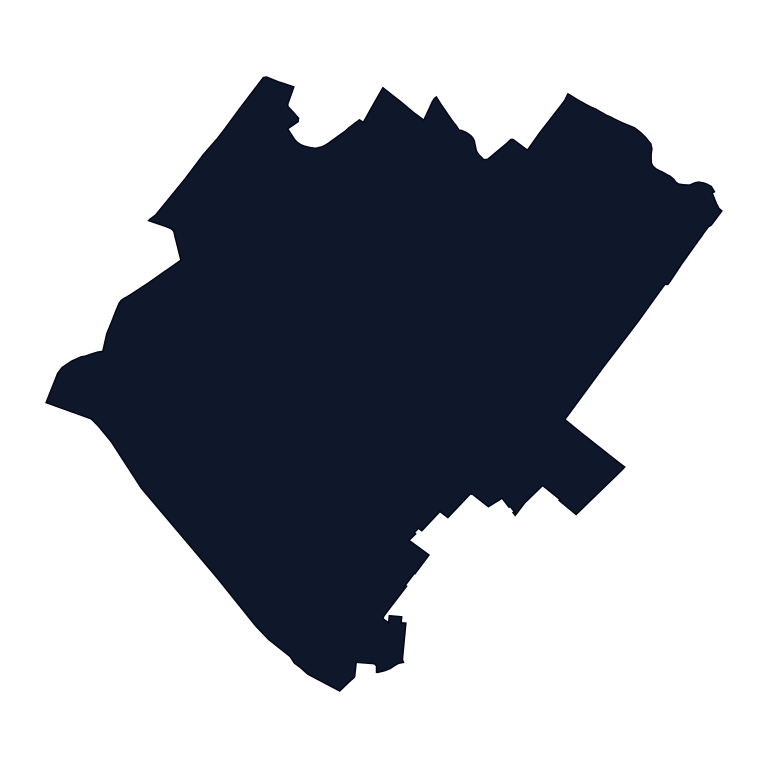 outline of 1 Decembrie, Giurgiu, Romania
{"feature_id": "2599482B3986064328518", "entity_name": "1 Decembrie", "entity_type": "district", "adm_level": 2, "iso_a3": "ROU", "parent_name": "Romania", "parent_adm1": "Giurgiu", "projection": "natural_earth1", "projection_center": [26.066, 44.294], "detail": "fine", "context": "isolated", "style": "filled", "palette": "ink", "viewbox_px": 768, "rotation_deg": 0, "n_neighbors": 0, "source": "geoboundaries", "source_scale": "gbopen_adm2", "svg_char_len": 4323}
<svg xmlns="http://www.w3.org/2000/svg" viewBox="0 0 768 768"><path d="M624.7,467.0L623.2,465.9L619.2,462.9L594.6,443.5L590.6,440.3L581.8,433.4L564.8,419.5L570.3,412.1L604.6,365.4L605.7,364.0L629.0,333.5L638.1,321.5L639.5,319.6L657.0,295.2L664.5,284.9L665.4,284.3L667.4,284.5L668.2,284.1L668.6,283.6L668.9,283.1L669.6,282.2L681.9,263.6L698.9,239.8L701.2,236.8L703.8,232.9L706.6,229.2L708.2,227.0L711.2,225.1L712.8,223.0L715.2,219.9L717.6,216.6L719.1,214.6L720.6,212.7L720.8,212.3L721.9,210.9L719.0,208.5L716.3,203.3L714.1,197.7L713.3,195.9L713.3,195.7L713.1,195.3L712.9,194.7L712.5,194.1L712.2,193.4L712.6,192.9L712.8,192.6L713.1,192.4L713.6,192.2L714.3,191.9L714.5,191.7L712.9,189.1L711.3,186.5L707.3,184.3L703.8,183.0L698.8,182.1L695.0,182.7L694.0,183.2L690.3,184.8L689.5,185.1L683.6,184.8L678.4,184.0L675.7,182.0L673.8,179.3L669.8,176.0L667.0,174.7L663.3,172.5L658.0,170.0L655.7,168.7L654.0,167.1L652.7,165.7L651.5,163.5L651.1,158.5L651.2,153.9L651.9,148.8L650.8,143.8L648.7,141.3L645.8,137.6L643.7,135.5L640.5,132.5L637.7,130.2L634.5,127.8L627.4,124.9L621.4,122.4L614.1,118.9L610.2,116.8L606.2,115.2L602.3,112.8L600.1,111.7L596.1,109.3L591.7,107.4L588.4,105.8L584.4,103.6L580.9,101.6L576.7,99.3L571.9,96.2L567.9,93.9L564.6,100.6L558.8,108.2L552.9,115.8L548.5,121.5L540.7,131.5L539.3,133.4L527.4,150.2L514.2,140.3L512.9,139.4L510.9,139.4L506.5,143.6L487.5,159.4L484.7,159.6L483.0,159.3L482.6,158.5L481.5,157.3L480.2,156.1L479.2,155.0L478.6,154.3L477.8,153.3L477.5,152.8L477.2,152.3L476.4,150.9L476.1,149.6L475.0,144.3L474.7,143.1L474.6,141.8L474.5,141.4L474.4,141.2L474.1,140.3L473.0,138.3L472.6,137.7L471.1,136.0L470.8,135.7L469.3,134.6L468.0,133.6L467.1,133.1L465.7,132.2L464.9,131.9L462.6,130.9L461.9,130.6L461.1,130.3L460.6,130.3L460.1,130.3L459.1,130.2L456.5,126.1L453.6,122.5L451.6,119.8L445.0,110.2L440.9,104.2L436.3,96.9L434.0,99.0L432.0,102.3L429.4,108.2L425.6,116.2L423.8,120.2L422.2,118.9L413.5,112.5L405.9,106.1L401.9,102.7L390.8,94.0L386.8,90.8L384.8,89.3L382.9,87.7L382.0,89.3L378.5,95.4L371.0,108.6L363.6,121.9L363.4,122.3L362.6,121.9L360.8,120.7L359.5,119.8L357.4,121.4L355.3,122.9L353.0,124.7L349.1,127.6L344.9,131.4L338.9,135.6L334.4,138.9L332.2,140.4L328.2,143.4L324.4,145.7L321.5,146.9L318.6,147.6L315.7,148.3L310.7,147.7L304.3,146.1L301.3,144.9L300.9,144.8L297.1,142.2L294.6,139.5L292.6,136.4L288.7,130.4L287.9,129.3L288.3,128.4L290.0,127.2L294.7,124.0L297.1,122.3L298.2,121.6L298.3,119.8L298.5,118.1L297.7,117.3L295.6,114.9L293.5,112.5L291.3,110.1L289.9,108.6L288.5,107.1L288.0,106.5L287.7,104.1L288.0,103.4L289.9,97.9L291.7,93.1L293.4,88.1L293.7,87.2L293.8,86.9L289.9,85.6L284.6,83.8L282.2,83.0L280.1,82.3L279.6,82.3L278.9,82.0L273.1,79.7L266.6,77.0L263.4,77.5L250.4,94.5L243.2,104.0L241.0,106.8L234.8,115.3L229.1,123.0L225.6,127.8L225.2,128.4L217.5,138.4L203.6,154.3L185.1,178.8L180.9,184.0L155.5,215.1L149.6,219.5L148.6,220.6L166.4,226.7L171.1,228.7L173.0,230.4L173.9,231.7L174.6,234.8L175.2,237.4L180.9,260.2L166.6,270.2L166.2,270.4L149.6,282.1L148.8,282.7L132.9,293.1L130.3,294.8L126.1,297.4L124.0,298.4L121.1,300.5L119.1,303.3L115.4,312.1L113.1,318.0L113.0,318.5L106.7,333.9L106.6,334.4L102.9,350.9L103.0,351.4L101.6,351.5L98.2,352.0L97.3,352.2L92.4,353.7L86.5,355.7L85.1,356.2L83.1,356.5L81.2,356.8L71.6,361.1L69.8,362.4L62.1,367.5L57.7,373.3L54.4,381.7L47.6,398.8L46.1,402.6L59.7,407.5L82.0,415.5L87.1,417.4L91.1,418.8L98.3,426.0L111.3,441.8L141.5,488.4L156.3,505.9L217.4,578.2L219.9,581.3L255.9,626.2L268.9,639.7L290.2,656.6L294.3,663.0L300.6,667.7L307.6,674.0L315.9,678.5L318.5,679.8L331.0,686.4L339.7,691.0L348.4,682.6L351.0,680.2L353.7,678.0L354.7,676.5L356.2,662.3L374.3,663.7L376.5,665.8L376.5,672.3L377.2,672.5L384.4,670.8L390.1,668.6L394.7,665.5L398.5,663.3L403.5,662.4L402.4,659.5L405.9,623.1L401.2,622.8L401.7,616.8L389.3,615.7L388.6,622.8L384.0,619.5L383.2,618.6L383.0,617.7L384.4,615.3L386.9,611.9L396.8,599.0L406.6,586.2L405.2,585.4L414.4,573.3L415.0,573.7L429.0,555.0L409.0,540.4L415.6,533.9L414.2,532.9L418.4,528.2L421.8,530.8L439.9,511.5L447.9,517.6L470.5,493.7L471.2,494.2L471.7,493.6L488.4,506.7L502.1,498.2L509.0,507.2L510.3,506.5L514.3,511.8L513.0,512.6L515.2,515.4L524.8,502.8L542.6,485.5L560.0,499.5L559.1,500.4L576.1,514.5L577.3,513.3L579.7,511.0L590.8,500.2L617.6,474.2L622.8,469.1L624.0,467.7L624.7,467.0Z" fill="#0f172a" stroke="#020617" stroke-width="1.5"/></svg>